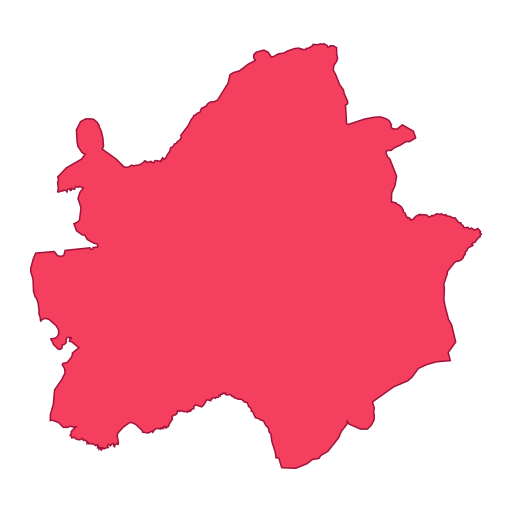 Wa Municipal, Upper West, Ghana (Natural Earth projection)
{"feature_id": "2480657B26357719954092", "entity_name": "Wa Municipal", "entity_type": "district", "adm_level": 2, "iso_a3": "GHA", "parent_name": "Ghana", "parent_adm1": "Upper West", "projection": "natural_earth1", "projection_center": [-2.475, 10.039], "detail": "fine", "context": "isolated", "style": "filled", "palette": "rose", "viewbox_px": 512, "rotation_deg": 0, "n_neighbors": 0, "source": "geoboundaries", "source_scale": "gbopen_adm2", "svg_char_len": 5921}
<svg xmlns="http://www.w3.org/2000/svg" viewBox="0 0 512 512"><path d="M336.6,47.7L333.4,45.8L330.1,45.7L328.8,47.4L327.6,47.0L327.0,45.4L323.9,43.7L322.2,44.2L320.6,43.8L317.1,44.8L313.3,44.3L311.8,46.3L307.6,48.5L306.3,48.3L305.6,49.5L302.6,49.6L301.8,48.8L299.9,48.9L299.3,48.1L294.7,48.5L287.1,51.1L284.0,53.0L278.2,53.9L273.9,56.4L271.4,57.1L268.2,52.3L264.7,50.4L263.4,50.2L256.1,52.2L253.8,54.7L253.7,56.2L253.9,58.3L255.4,60.4L248.3,64.1L239.4,70.9L233.7,72.5L230.0,74.6L228.1,83.1L217.7,99.9L214.8,101.5L210.1,102.1L207.4,104.0L206.3,106.0L201.5,108.3L199.8,112.4L197.5,113.1L194.8,115.3L193.6,115.6L193.3,117.1L191.2,119.6L188.2,125.6L180.8,135.3L181.3,137.4L179.9,139.9L177.2,141.8L176.4,143.5L174.5,143.9L173.1,146.5L170.6,147.8L169.8,151.1L166.8,155.6L166.1,157.7L163.7,159.3L162.7,157.7L161.4,159.7L161.5,160.8L160.5,160.7L160.1,161.5L157.4,160.6L154.9,160.7L153.9,162.5L152.3,162.6L151.1,161.4L147.0,162.5L146.0,161.2L144.4,160.9L143.9,162.2L139.4,164.9L133.8,165.7L131.4,165.2L128.6,167.1L125.8,167.3L123.7,166.6L116.2,159.1L102.2,149.1L103.5,146.4L102.9,137.9L101.1,130.6L99.2,126.9L99.0,125.2L97.0,122.2L94.1,119.6L91.9,118.9L85.6,118.9L80.6,121.6L76.4,130.0L77.1,142.2L78.0,146.4L82.0,152.6L85.1,154.2L81.7,159.0L66.3,167.9L57.7,177.0L58.6,179.6L57.6,182.6L58.3,188.1L57.7,191.8L59.2,192.0L61.2,190.7L62.2,191.3L64.0,190.1L66.0,190.6L66.9,191.9L67.7,189.1L69.5,188.9L70.4,190.5L71.3,190.1L71.5,188.3L73.5,189.3L74.8,189.1L75.1,187.6L76.0,186.7L78.6,187.3L79.5,186.3L83.3,187.9L80.0,192.3L78.0,198.4L81.0,207.7L79.5,220.0L78.2,221.7L73.9,223.7L76.5,230.7L82.1,234.8L84.9,235.3L87.3,239.5L88.5,240.2L94.4,243.4L97.4,243.9L97.7,247.0L93.0,247.5L92.9,248.9L91.8,249.4L90.8,249.2L89.9,247.8L65.1,250.4L63.8,255.5L61.2,256.3L57.8,255.9L54.2,251.5L35.7,253.1L33.2,259.1L30.7,268.3L30.7,271.4L33.0,279.2L33.5,291.4L35.1,296.7L36.6,298.5L38.0,302.6L39.0,309.4L38.9,313.8L40.3,317.7L40.4,320.4L40.9,321.1L42.3,319.3L45.4,318.4L48.9,319.3L56.1,325.6L58.6,329.9L58.6,334.4L56.8,337.2L54.0,338.5L51.0,338.7L51.0,339.9L52.2,341.2L53.6,344.7L58.5,349.3L60.2,349.3L62.0,348.2L62.3,344.9L64.1,344.6L66.2,342.6L66.1,339.7L67.1,337.7L68.8,337.3L71.2,337.7L71.3,338.3L69.8,338.9L69.5,341.4L71.3,341.5L78.9,347.7L72.4,353.0L72.3,355.1L71.1,357.7L67.2,362.5L63.1,363.3L62.2,364.5L64.7,369.0L65.0,373.0L61.6,379.9L54.6,389.9L53.3,404.3L50.3,415.0L50.3,420.6L51.9,420.1L58.5,422.5L63.3,427.3L67.5,427.4L70.6,426.2L73.4,427.1L75.8,426.8L71.3,431.4L71.0,434.2L70.1,435.2L71.7,436.9L71.7,437.8L75.1,437.5L75.5,438.7L78.5,439.8L80.7,439.6L82.1,438.2L83.5,440.5L84.4,439.9L86.6,441.2L87.0,443.1L87.4,442.0L88.1,442.3L88.5,443.8L90.6,443.5L91.7,444.1L92.8,443.6L95.7,445.6L96.7,444.8L96.9,445.4L98.0,445.5L97.6,447.5L98.7,446.9L98.9,449.0L99.7,448.0L101.2,450.1L101.9,449.0L101.4,447.7L102.7,447.6L103.1,448.7L104.7,448.7L106.8,447.3L107.4,447.9L108.3,447.4L107.5,446.5L108.3,444.4L110.4,445.8L111.9,443.7L112.9,443.6L113.6,444.1L113.5,445.7L114.6,446.6L114.8,444.8L116.4,444.0L118.1,444.4L118.5,442.8L117.1,435.2L118.3,432.6L123.3,427.1L129.7,422.5L133.0,423.0L136.2,424.8L142.3,430.6L142.7,432.2L148.1,433.0L152.1,431.1L152.8,432.3L153.9,430.4L156.5,428.4L160.5,429.0L160.8,428.0L162.1,428.7L163.2,427.4L163.8,428.2L164.3,426.5L166.1,426.7L165.8,427.6L166.3,428.0L167.2,426.8L168.4,426.6L169.4,423.7L172.5,419.1L171.7,417.6L173.6,415.1L175.2,415.0L176.9,413.6L177.5,410.7L179.4,411.5L181.5,410.6L183.8,411.7L186.2,411.5L186.8,412.1L188.0,412.0L189.0,410.5L189.9,411.4L190.9,410.9L190.8,409.8L193.8,408.6L194.0,406.6L195.4,404.8L201.7,406.9L203.9,404.8L206.5,400.2L207.4,399.8L210.8,400.7L210.9,399.4L211.8,399.2L212.3,398.1L214.2,397.6L215.3,398.3L216.1,397.5L217.9,397.4L218.6,397.1L219.1,395.6L220.2,395.9L220.0,394.7L222.3,394.2L222.7,393.0L224.3,393.8L225.2,393.0L226.4,395.0L230.4,394.5L232.3,396.6L233.8,396.4L234.1,397.6L238.7,399.3L241.7,399.3L244.2,401.9L247.2,402.7L248.4,405.2L248.2,406.0L250.6,408.2L251.4,409.6L251.1,410.9L252.8,411.9L255.5,417.8L257.6,418.1L260.3,419.8L263.5,420.9L265.9,425.7L268.1,427.5L269.3,432.2L270.8,433.7L271.9,441.7L275.2,451.9L276.0,457.9L277.6,457.7L278.9,458.4L281.7,467.7L295.7,468.3L307.0,463.7L312.5,459.4L318.8,458.5L320.8,455.5L328.0,451.2L338.6,437.8L341.4,431.2L346.7,424.5L347.3,421.4L348.9,424.0L360.5,429.1L367.3,429.1L371.3,425.2L374.1,419.9L374.3,415.2L373.7,412.7L374.2,407.7L372.4,402.0L393.5,386.9L407.8,380.8L412.1,377.0L418.3,368.5L427.0,364.5L436.4,361.8L450.3,360.6L448.2,352.5L455.7,342.0L451.6,324.8L448.5,319.4L445.0,305.7L443.9,299.4L444.4,288.3L443.8,284.0L447.4,273.5L447.3,271.6L454.3,262.7L456.5,261.2L458.1,261.3L461.3,259.9L463.3,257.6L463.6,256.2L465.2,254.3L465.1,252.4L466.9,250.4L467.4,248.8L469.1,247.3L472.7,245.7L472.9,245.0L471.8,244.4L472.2,243.1L474.9,242.3L478.4,237.8L480.1,236.8L480.3,235.0L481.3,234.1L479.9,232.6L480.5,231.6L477.8,228.5L474.4,230.1L471.5,228.0L469.8,228.9L468.8,228.7L468.2,227.4L463.7,227.6L463.0,225.5L461.3,224.6L461.0,222.9L459.7,222.9L457.8,221.6L455.1,217.8L452.9,217.9L449.9,216.3L446.7,216.0L446.4,215.0L445.6,214.7L444.7,215.1L442.2,214.7L441.5,213.7L440.5,214.3L436.5,213.8L433.4,215.9L432.1,215.3L429.5,217.2L426.5,215.0L422.6,214.6L420.4,215.3L420.4,214.4L419.3,214.5L415.6,216.4L412.9,219.5L410.6,220.0L410.3,218.8L408.5,217.5L407.6,217.9L406.4,216.2L405.0,213.2L403.4,211.7L403.1,209.9L401.5,207.0L398.1,204.4L396.6,204.1L396.0,202.7L394.7,203.0L393.7,202.1L391.4,202.1L391.7,193.0L395.0,185.6L396.6,176.2L389.9,159.1L387.5,156.8L385.9,152.1L387.2,150.5L391.1,150.4L394.3,147.8L400.6,145.0L404.8,142.3L406.6,141.5L409.3,141.7L415.0,138.4L415.7,137.8L413.4,131.2L402.3,124.8L397.1,129.1L392.4,128.7L390.9,126.3L391.4,124.6L389.0,120.5L385.9,118.7L380.7,116.9L374.3,117.2L364.7,119.0L348.1,124.5L346.6,123.8L345.5,105.1L347.6,103.8L347.7,101.5L344.2,93.6L343.5,89.9L339.7,84.8L336.0,75.3L333.3,70.1L333.8,65.6L336.7,61.2L337.6,58.5L336.7,53.8L336.6,47.7Z" fill="#f43f5e" stroke="#9f1239" stroke-width="1.5"/></svg>